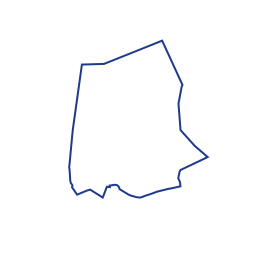 outline of Santa María Mixtequilla, Oaxaca, Mexico, rotated 51°
{"feature_id": "50627088B35955945188177", "entity_name": "Santa María Mixtequilla", "entity_type": "district", "adm_level": 2, "iso_a3": "MEX", "parent_name": "Mexico", "parent_adm1": "Oaxaca", "projection": "albers", "projection_center": [-95.246, 16.422], "detail": "fine", "context": "isolated", "style": "outline", "palette": "blue", "viewbox_px": 256, "rotation_deg": 51, "n_neighbors": 0, "source": "geoboundaries", "source_scale": "gbopen_adm2", "svg_char_len": 1135}
<svg xmlns="http://www.w3.org/2000/svg" viewBox="0 0 256 256"><g transform="rotate(51 128 128)"><path d="M200.7,84.4L183.9,87.4L162.7,88.5L140.8,73.4L129.6,60.2L128.9,58.6L106.3,52.8L81.6,46.5L63.1,106.3L53.2,119.3L49.7,123.9L94.9,172.3L105.7,182.9L118.1,195.0L121.8,198.7L122.6,199.0L126.7,201.8L132.7,206.1L134.6,207.0L135.4,207.1L136.1,207.1L137.8,207.4L138.9,208.8L147.8,209.5L149.3,204.3L150.4,200.7L150.8,199.2L151.7,197.2L152.2,196.1L152.9,195.9L156.2,194.8L156.8,194.6L157.5,194.3L158.6,194.0L160.0,193.5L160.4,193.3L161.5,193.0L162.6,192.6L163.8,192.2L165.8,191.5L166.1,191.4L165.6,190.5L165.0,189.3L164.2,188.0L160.5,181.6L160.4,181.4L162.5,179.3L161.2,178.5L162.9,175.7L163.0,175.3L163.2,174.8L163.7,174.2L164.0,173.9L165.1,172.7L166.2,172.3L167.1,172.2L168.1,172.2L169.6,172.7L170.4,173.0L180.3,169.4L183.5,167.6L183.8,167.2L186.6,165.3L187.7,164.4L189.9,162.1L190.9,159.2L191.9,156.1L192.7,154.2L193.4,152.5L195.7,145.7L195.8,145.4L197.5,141.8L200.8,134.7L202.0,132.7L206.3,124.0L203.3,121.9L201.2,121.2L199.1,120.7L198.6,120.5L194.5,115.5L193.7,113.6L200.7,84.4Z" fill="none" stroke="#1e3a8a" stroke-width="2"/></g></svg>